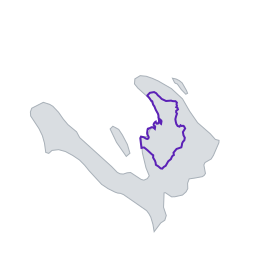 L'Artibonite on a map of Haiti (orthographic projection), rotated 36°
{"feature_id": "HTI-1384", "entity_name": "L'Artibonite", "entity_type": "Department", "adm_level": 1, "iso_a3": "HTI", "parent_name": "Haiti", "parent_adm1": "", "projection": "orthographic", "projection_center": [-72.647, 19.338], "detail": "fine", "context": "in_parent", "style": "outline", "palette": "violet", "viewbox_px": 256, "rotation_deg": 36, "n_neighbors": 0, "source": "natural_earth", "source_scale": "10m", "svg_char_len": 3047}
<svg xmlns="http://www.w3.org/2000/svg" viewBox="0 0 256 256"><g transform="rotate(36 128 128)"><path d="M208.9,84.5L210.2,86.5L213.2,99.9L213.5,104.2L210.6,110.7L211.1,113.3L217.4,119.3L217.5,121.4L216.8,123.6L211.4,129.3L207.4,133.2L208.7,137.7L212.0,141.9L212.5,145.5L211.5,150.2L206.4,156.0L203.7,158.1L196.1,158.4L195.3,159.3L199.1,164.9L203.4,171.3L210.4,176.3L212.0,181.0L210.3,185.5L210.1,196.5L204.7,191.2L198.8,186.7L195.2,185.0L191.6,183.9L163.5,184.5L160.3,185.3L157.9,186.7L155.2,187.5L147.5,188.8L139.8,189.1L121.9,185.5L114.8,183.6L107.6,182.4L99.4,182.7L91.2,183.8L84.6,186.3L79.7,190.8L78.8,195.1L75.8,196.1L69.3,189.3L63.2,184.5L56.3,180.8L42.2,175.5L39.6,172.4L38.5,168.6L44.4,157.0L50.9,154.9L54.5,154.6L62.5,156.1L70.3,158.8L77.5,160.6L88.6,161.3L94.6,164.2L137.3,168.8L145.4,170.2L148.5,169.7L151.3,168.0L153.6,164.8L156.2,162.5L168.8,161.9L171.5,160.9L173.4,157.6L173.3,154.2L165.9,149.6L154.2,139.6L144.0,127.7L148.4,123.7L146.8,116.5L148.4,109.7L150.8,103.1L140.8,97.4L128.9,91.7L112.4,89.9L107.3,88.5L104.7,84.2L107.1,78.5L112.4,75.4L118.6,73.5L124.8,72.2L140.0,70.6L155.0,72.4L168.0,78.2L181.2,82.8L197.9,84.3L205.4,85.9L208.9,84.5ZM144.4,147.3L143.3,152.0L127.2,146.4L114.1,139.3L114.7,135.5L121.3,134.6L127.7,137.0L137.2,141.7L144.4,147.3ZM153.3,63.3L155.8,64.9L154.9,66.7L148.6,65.6L142.0,63.4L139.9,64.0L138.6,63.7L134.7,61.6L138.1,60.1L141.6,59.5L145.3,59.7L153.3,63.3Z" fill="#d9dde1" stroke="#a8b0b8" stroke-width="1"/><path d="M150.6,136.2L143.9,129.0L143.6,127.3L146.2,126.2L148.7,126.0L150.0,125.6L150.6,124.6L150.2,123.3L149.3,122.7L148.1,122.2L147.1,121.6L146.4,120.8L144.9,118.1L144.5,117.0L145.0,116.7L144.9,116.5L145.0,116.1L145.6,115.5L146.3,114.0L146.7,113.4L147.4,113.0L148.4,112.8L149.4,112.8L150.2,112.9L149.3,111.1L148.6,110.8L147.3,110.7L146.6,110.1L146.3,108.8L146.4,107.4L146.7,106.6L147.1,107.0L147.6,107.3L148.2,107.5L148.9,107.4L149.6,106.9L149.6,106.4L149.4,105.9L149.3,104.3L149.1,104.1L149.3,104.1L150.2,104.3L150.5,104.5L150.9,104.9L151.5,105.2L152.3,105.2L151.1,102.8L150.5,102.4L147.2,102.2L146.4,101.6L145.8,100.7L145.0,99.7L143.8,98.8L139.8,97.0L136.5,94.9L135.3,94.6L134.3,94.1L132.0,92.2L131.6,92.1L131.0,92.4L127.1,91.0L126.5,90.9L125.2,90.6L124.6,90.5L124.5,90.3L125.0,86.7L128.0,83.6L130.4,83.3L133.0,84.0L135.6,84.2L138.1,84.7L142.9,83.8L146.8,80.5L148.1,80.1L149.1,79.5L150.7,78.4L152.6,78.7L153.3,80.3L154.6,81.3L154.8,82.8L156.1,82.6L157.5,83.6L156.9,85.8L157.7,87.0L159.2,87.6L160.0,90.3L161.1,93.0L162.8,94.7L164.7,96.3L167.0,97.2L168.9,96.6L168.9,94.9L170.1,94.9L171.3,93.8L172.3,93.7L173.3,94.2L174.5,94.8L174.8,99.0L177.2,101.3L179.7,102.5L180.8,104.9L180.5,106.7L180.8,108.6L181.8,110.5L182.5,112.3L179.6,116.4L179.3,121.2L181.0,122.9L180.4,124.4L180.5,126.0L181.0,127.9L180.1,131.3L180.5,134.7L180.7,136.4L179.8,138.6L179.6,140.7L178.1,141.5L175.1,141.2L172.2,141.4L170.7,139.8L169.0,138.6L167.3,137.9L165.7,137.2L165.1,136.2L164.4,135.2L162.9,135.3L161.4,135.1L156.6,134.5L152.6,134.3L151.5,135.1L150.6,136.2Z" fill="none" stroke="#5b21b6" stroke-width="2"/></g></svg>